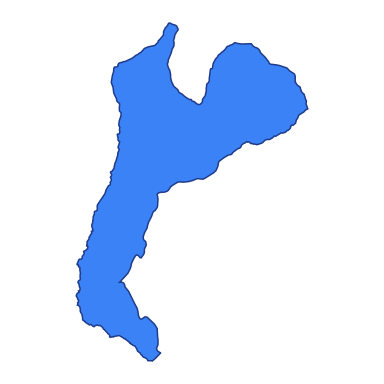 the district of Sevilla de Oro, Azuay, Ecuador
{"feature_id": "8360857B69749435538117", "entity_name": "Sevilla de Oro", "entity_type": "district", "adm_level": 2, "iso_a3": "ECU", "parent_name": "Ecuador", "parent_adm1": "Azuay", "projection": "natural_earth1", "projection_center": [-78.594, -2.705], "detail": "fine", "context": "isolated", "style": "filled", "palette": "blue", "viewbox_px": 384, "rotation_deg": 0, "n_neighbors": 0, "source": "geoboundaries", "source_scale": "gbopen_adm2", "svg_char_len": 5886}
<svg xmlns="http://www.w3.org/2000/svg" viewBox="0 0 384 384"><path d="M165.3,27.9L163.6,31.4L163.4,35.0L159.5,39.8L158.4,40.6L157.9,42.5L154.7,45.5L148.4,46.8L144.3,48.5L143.1,50.0L140.7,52.5L139.4,53.1L137.9,54.4L135.9,55.3L133.2,57.5L131.0,58.8L125.1,61.5L123.2,61.7L121.8,62.5L120.6,62.5L119.0,63.2L118.0,64.5L117.9,66.3L116.8,66.9L114.5,67.1L113.8,68.3L113.5,72.0L112.4,75.5L111.3,82.0L111.5,83.1L113.1,87.5L113.6,92.1L114.2,94.2L116.3,98.3L116.9,101.0L117.5,101.9L119.5,103.6L119.6,105.5L119.3,107.8L119.4,110.4L119.7,111.3L121.0,112.7L121.1,113.8L120.9,116.0L119.3,120.7L118.9,123.4L118.9,125.7L119.8,127.2L119.4,129.9L119.8,131.4L119.7,132.7L119.6,133.2L118.6,134.1L117.7,134.0L117.3,134.4L117.7,137.0L118.1,137.7L118.0,140.0L118.7,141.1L119.6,141.6L119.7,141.9L118.1,146.9L118.2,148.1L119.3,149.3L117.8,153.1L117.7,155.4L116.8,158.0L116.1,160.9L115.1,162.9L114.2,166.7L114.1,168.1L112.0,171.3L110.8,171.8L110.5,172.1L110.6,172.8L111.5,174.3L111.6,175.1L111.3,176.2L110.6,176.8L110.4,177.4L111.2,178.7L111.4,179.9L111.2,180.7L110.2,182.3L110.4,183.9L110.2,184.5L109.8,185.1L108.5,185.7L106.0,190.1L105.0,193.6L97.7,204.4L97.2,205.8L97.3,208.9L97.0,210.3L96.2,211.0L95.3,211.1L94.5,211.6L94.3,214.1L93.2,216.7L93.1,219.3L92.8,220.3L92.8,222.1L91.7,225.2L92.1,227.6L92.7,228.7L92.6,229.7L93.0,230.9L92.9,231.1L91.4,231.3L91.7,233.1L91.2,234.1L90.5,234.7L89.6,236.9L89.1,237.1L89.1,238.8L87.1,241.7L87.0,242.6L87.3,243.7L86.7,244.8L86.7,245.8L86.7,246.0L87.6,246.1L87.9,246.4L87.6,248.8L86.6,249.3L86.0,250.2L83.8,251.3L83.6,251.9L84.1,252.9L84.0,254.2L82.3,256.3L81.9,258.8L81.1,259.2L79.7,259.1L78.5,260.1L78.4,261.2L77.9,261.9L77.0,264.2L77.4,264.9L78.3,264.9L78.5,265.2L78.7,265.8L78.5,266.6L78.7,266.9L80.0,267.6L79.8,269.5L80.4,273.2L80.1,275.0L80.1,277.7L80.4,278.7L79.9,280.0L78.4,281.0L77.9,282.3L78.2,283.0L78.9,283.7L79.1,285.4L79.6,287.3L80.1,287.9L79.8,290.4L79.5,290.8L78.5,290.9L79.0,292.4L77.1,293.4L76.2,295.9L76.7,296.9L77.5,297.8L77.6,299.1L78.0,299.8L78.6,300.2L78.3,302.3L77.6,302.7L77.9,303.7L77.4,305.2L78.6,305.5L79.9,307.0L80.3,309.5L80.2,311.1L80.8,312.6L81.7,313.8L82.0,314.7L82.6,318.0L82.6,319.6L83.1,320.4L84.2,320.8L84.6,321.6L85.3,321.7L85.9,322.6L87.5,323.8L88.4,323.9L89.4,325.0L90.5,324.6L91.3,324.6L92.4,325.8L93.4,326.5L94.2,326.6L95.1,325.7L97.4,325.0L98.6,325.6L100.0,325.4L102.5,327.3L103.5,329.1L104.4,329.5L104.9,330.3L106.9,332.3L107.7,333.5L109.4,334.9L109.7,335.4L109.6,336.8L110.1,337.3L111.9,337.0L112.3,336.7L113.2,337.0L114.8,336.2L117.1,336.0L118.6,335.5L119.7,335.8L123.3,337.9L124.3,338.8L125.4,338.9L126.2,339.9L127.7,340.8L128.2,341.5L129.0,341.8L129.6,343.0L130.1,342.8L130.4,342.9L130.8,343.9L131.8,344.4L132.9,345.3L134.9,346.1L136.6,348.6L137.6,351.2L140.2,353.1L141.0,354.6L141.9,355.2L143.0,356.9L146.0,358.2L147.1,359.1L147.8,360.6L149.1,360.8L150.6,360.6L152.3,361.0L155.8,358.0L160.5,353.1L160.5,352.8L158.0,351.4L157.6,350.9L156.8,349.6L156.6,348.1L157.9,344.9L158.0,343.6L158.0,339.4L157.6,337.3L157.2,328.7L155.4,325.5L154.0,323.7L147.3,317.3L146.5,317.0L144.8,316.9L142.2,318.8L141.2,319.1L140.0,318.7L139.1,317.1L138.4,315.1L137.8,310.8L137.0,308.0L134.4,303.2L128.6,291.3L125.1,287.0L124.5,284.5L123.5,282.9L121.7,282.1L119.6,282.3L127.8,273.4L129.7,269.8L130.7,267.3L131.6,263.2L133.4,259.3L135.4,255.9L136.5,254.9L137.4,255.1L138.6,255.8L139.8,257.4L141.1,257.9L143.6,254.5L144.4,252.4L144.4,249.1L146.1,245.5L146.2,244.4L145.7,241.6L143.9,240.0L143.4,239.1L143.2,236.9L144.5,232.8L147.1,228.0L147.6,225.4L148.6,222.2L151.5,216.5L153.0,212.2L153.6,211.4L155.1,210.6L156.9,207.9L157.5,206.6L158.0,199.3L157.2,194.2L157.9,193.4L159.4,192.6L161.6,192.2L164.0,192.2L165.4,191.9L167.5,191.0L168.3,190.3L169.6,188.6L170.5,186.8L171.0,186.7L172.3,185.5L177.6,182.2L179.0,181.9L183.8,182.1L188.5,181.6L192.7,180.5L196.5,178.9L197.9,178.6L203.0,179.2L206.0,177.6L213.6,172.8L216.1,170.4L217.6,166.9L218.2,164.9L218.6,162.0L219.3,161.2L223.7,157.8L227.9,155.3L228.8,154.8L230.7,154.7L231.8,154.1L232.7,152.6L236.4,149.7L238.2,148.5L239.0,148.2L239.5,148.2L240.1,147.8L240.9,146.9L241.6,145.0L243.9,143.3L245.2,142.9L246.6,141.6L247.5,142.2L248.7,141.9L249.3,142.1L250.7,143.5L252.0,143.5L253.7,144.2L254.7,144.0L256.8,144.7L260.9,143.5L262.7,142.6L265.2,140.0L267.8,139.4L268.8,139.6L270.8,138.9L272.6,137.7L274.5,136.0L275.4,136.2L276.0,136.1L281.0,133.0L282.7,133.1L285.6,132.1L286.8,130.8L288.2,130.3L289.8,128.9L290.6,127.7L290.6,126.2L291.1,126.0L291.5,125.3L292.1,125.0L293.1,125.3L295.6,123.1L296.3,120.0L297.5,118.5L298.7,115.4L300.0,114.3L303.8,112.0L305.8,109.8L307.6,109.1L307.8,108.8L306.0,103.8L306.4,101.5L306.3,100.7L305.7,99.6L304.1,94.4L303.7,93.8L302.4,92.8L301.2,91.2L301.2,90.6L300.5,88.8L300.3,87.5L299.8,86.8L297.4,85.2L295.7,82.8L295.6,82.2L295.2,82.0L295.2,76.2L294.7,74.6L294.2,73.8L289.4,70.7L287.6,68.6L286.7,67.9L279.4,65.5L275.9,64.8L270.5,64.2L269.7,63.7L269.3,63.3L268.5,61.5L265.0,57.1L260.4,52.6L259.9,50.9L258.9,49.4L257.3,48.1L255.2,47.4L253.4,46.3L251.2,43.7L241.6,44.0L236.9,43.3L235.2,42.7L234.2,42.9L232.6,44.4L229.9,45.3L228.9,46.1L227.7,46.2L226.6,47.1L225.3,49.2L223.5,51.0L221.9,52.1L220.1,53.9L218.5,54.9L217.2,57.3L215.6,58.9L213.2,63.5L212.5,67.9L212.0,68.7L211.0,68.7L210.6,69.0L210.4,69.5L209.2,78.9L209.4,80.3L208.6,82.3L206.8,84.2L206.2,88.7L206.3,90.8L205.1,95.9L202.8,98.9L202.5,99.9L202.4,101.9L202.0,102.6L200.1,104.4L198.9,104.5L197.3,104.2L194.1,101.5L192.3,101.2L191.0,99.4L189.6,99.5L188.3,98.9L184.7,96.5L182.0,94.0L178.9,92.4L178.3,90.5L177.4,89.4L173.7,86.2L171.5,81.4L170.6,77.7L170.6,74.6L169.7,70.1L169.1,69.3L168.1,67.0L167.3,63.7L168.0,62.6L168.3,59.9L171.3,52.7L172.0,49.6L173.9,45.9L174.1,42.9L173.6,40.8L173.7,40.0L174.5,37.3L174.8,35.1L176.6,31.9L177.8,30.3L178.1,29.8L178.0,28.9L176.7,26.1L176.0,25.6L174.9,25.0L172.3,24.3L170.4,23.2L169.5,23.0L168.8,23.2L168.4,23.6L167.5,25.5L165.3,27.9Z" fill="#3b82f6" stroke="#1e3a8a" stroke-width="1.5"/></svg>